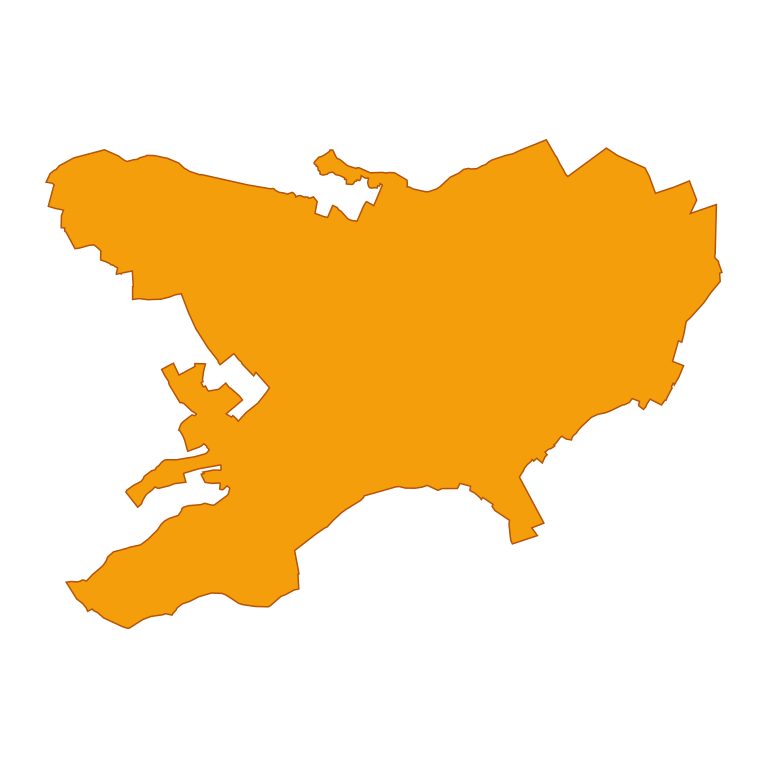 Crasna, Salaj, Romania (Albers equal-area conic projection)
{"feature_id": "2599482B62155795885644", "entity_name": "Crasna", "entity_type": "district", "adm_level": 2, "iso_a3": "ROU", "parent_name": "Romania", "parent_adm1": "Salaj", "projection": "albers", "projection_center": [22.821, 47.154], "detail": "fine", "context": "isolated", "style": "filled", "palette": "amber", "viewbox_px": 768, "rotation_deg": 0, "n_neighbors": 0, "source": "geoboundaries", "source_scale": "gbopen_adm2", "svg_char_len": 6096}
<svg xmlns="http://www.w3.org/2000/svg" viewBox="0 0 768 768"><path d="M129.1,628.2L142.9,619.5L150.7,616.5L163.1,614.7L165.7,613.7L172.0,615.1L172.7,613.7L176.0,610.1L176.7,608.5L178.3,606.9L182.6,603.7L189.7,601.4L198.8,596.7L211.5,593.0L222.0,593.4L226.0,595.0L238.7,603.3L243.0,604.7L255.6,606.5L268.4,606.8L270.3,605.7L281.1,596.3L285.2,594.8L293.9,590.1L298.8,588.9L298.0,574.9L298.0,574.2L298.8,574.1L298.8,572.7L294.6,550.6L316.0,534.0L324.3,528.2L327.3,526.8L332.8,520.8L341.0,513.1L346.2,509.3L360.5,500.5L363.6,497.4L364.1,495.9L396.1,486.8L399.5,486.6L405.4,488.1L415.3,488.2L422.2,487.1L427.3,485.4L438.0,490.3L442.1,488.6L457.4,488.5L460.0,483.4L470.6,486.2L469.9,490.2L470.2,490.7L474.9,493.1L480.4,498.1L481.3,499.6L482.9,497.5L493.0,504.4L492.0,506.3L494.9,510.5L509.5,520.3L509.0,524.1L510.3,536.8L510.9,540.6L512.4,543.9L537.4,535.6L531.8,527.9L543.9,523.1L519.4,477.1L523.5,470.5L524.4,468.3L527.2,464.7L531.3,461.1L532.2,459.5L533.8,461.1L536.7,458.3L542.3,463.0L545.1,456.8L547.2,454.8L545.0,452.1L547.8,449.8L549.3,448.9L550.8,448.7L554.1,446.5L554.8,445.9L553.9,445.0L555.9,443.3L560.1,437.7L561.8,436.2L566.1,439.0L571.5,440.0L572.1,437.6L573.4,435.5L576.2,433.2L578.6,429.7L582.2,425.9L591.4,417.3L597.9,414.3L605.0,412.9L610.4,410.9L622.2,405.1L624.9,404.6L629.4,402.4L632.2,398.6L639.5,401.4L638.7,404.7L638.9,405.9L643.5,409.4L645.9,406.6L646.9,404.0L650.1,399.2L661.5,405.0L664.9,400.2L666.0,400.4L667.3,397.1L672.1,388.0L671.4,386.8L673.2,383.2L674.0,383.7L674.3,384.9L678.9,377.0L683.6,365.7L672.6,361.4L678.4,340.9L681.8,342.2L684.1,332.9L686.2,321.5L690.9,317.1L703.9,302.7L710.5,293.1L720.2,281.4L719.6,273.3L721.9,272.4L718.7,263.2L718.4,261.3L715.3,258.2L714.6,256.3L715.2,253.8L716.4,204.5L690.3,213.5L696.7,200.1L689.4,180.9L674.7,186.9L655.5,193.3L649.1,176.0L645.0,168.0L617.6,155.6L606.4,148.1L567.8,176.5L565.7,174.4L563.4,169.7L560.4,164.9L556.5,156.8L555.7,156.2L546.3,139.8L520.7,150.1L512.7,153.8L505.1,155.6L492.0,160.0L488.9,161.8L485.8,164.5L482.0,165.9L476.7,168.7L471.1,169.0L468.6,168.4L463.6,169.4L458.9,173.1L450.3,177.2L440.0,186.7L436.5,189.0L428.6,191.7L425.9,191.8L413.1,189.0L409.3,187.0L406.9,186.7L407.4,184.4L407.0,180.1L394.6,172.8L389.7,172.5L386.1,173.0L382.1,172.4L370.3,172.8L359.2,167.8L356.7,167.9L356.5,168.5L348.8,166.2L346.7,165.1L340.2,159.7L337.1,158.4L335.7,156.2L332.8,150.1L330.0,150.0L329.6,151.3L324.5,154.9L321.1,156.7L319.0,157.1L314.9,161.4L314.0,162.9L314.3,163.9L316.4,165.3L316.1,166.0L317.8,166.9L318.2,170.2L318.8,170.9L319.4,170.8L320.1,172.0L319.9,173.6L320.5,174.4L323.3,175.1L327.4,174.1L328.6,172.9L332.7,172.1L335.6,174.6L340.1,175.7L344.6,177.9L344.5,179.4L346.3,179.4L346.4,184.0L351.9,184.5L353.1,184.0L355.1,181.2L356.7,181.0L357.1,179.9L359.7,180.5L360.7,178.8L361.3,175.7L365.1,178.1L368.5,178.2L367.7,182.6L368.4,185.8L369.4,187.5L371.4,188.1L375.0,187.7L377.0,188.1L377.7,185.8L379.6,186.0L380.1,183.6L382.4,185.0L373.8,205.7L367.3,202.0L366.4,201.7L365.9,202.1L363.4,206.4L357.1,221.1L351.8,220.5L348.0,219.0L341.3,211.5L338.7,209.8L337.1,207.5L332.7,205.4L327.6,217.4L324.2,216.7L315.0,213.4L317.2,201.6L313.5,196.9L309.0,198.4L307.9,197.1L305.2,196.9L304.6,197.4L300.6,195.6L298.2,195.8L295.8,197.0L295.6,195.6L293.2,192.8L292.2,192.4L287.4,194.1L286.4,194.0L284.8,193.2L279.1,192.3L275.3,190.3L273.8,188.6L269.8,188.7L247.6,184.9L201.7,174.6L199.8,174.8L189.5,171.3L184.1,168.1L178.7,163.0L167.7,158.4L157.8,156.3L153.4,155.5L146.7,155.4L145.8,156.1L140.0,157.7L137.3,159.3L133.4,159.8L127.3,161.4L125.8,161.1L122.4,159.0L118.5,156.0L104.4,149.8L73.8,157.9L59.4,165.7L55.9,169.7L54.2,170.3L50.2,173.5L46.1,182.2L52.2,183.2L54.2,184.9L53.3,187.4L48.3,206.3L55.2,208.4L63.5,210.1L61.4,215.7L61.2,227.7L64.7,228.0L64.7,231.1L66.1,232.2L75.0,248.7L79.7,248.0L88.9,245.4L93.7,244.9L96.5,246.8L100.8,250.8L100.6,259.9L105.6,261.6L110.0,263.7L110.7,264.6L113.9,265.5L114.6,266.3L117.7,267.8L116.4,273.0L116.4,274.3L120.0,273.4L121.3,274.0L122.1,273.0L132.3,271.0L133.3,286.6L132.6,286.7L132.6,299.5L139.3,298.6L147.9,299.7L160.9,299.2L170.0,296.9L174.6,295.0L181.3,293.7L188.8,313.3L195.9,328.8L207.9,347.7L218.0,360.6L218.4,362.5L220.1,364.7L233.9,353.6L238.6,359.6L241.4,362.1L242.1,363.9L253.0,375.2L253.7,375.9L255.9,372.3L269.5,387.7L266.2,392.7L257.9,403.1L246.1,412.6L238.2,421.2L236.5,418.9L233.4,416.0L232.8,415.6L231.6,417.1L226.1,413.9L242.5,400.0L239.4,396.0L231.2,388.7L229.1,387.4L225.8,383.1L218.6,389.3L208.6,391.1L207.7,390.3L205.4,385.9L203.8,386.9L203.0,386.5L201.2,382.7L203.0,381.6L202.5,379.6L203.5,371.8L205.5,363.9L194.9,363.5L194.9,366.5L179.0,375.1L173.4,363.2L161.6,369.4L164.7,375.4L168.6,381.5L168.9,383.9L170.0,386.1L180.1,402.8L181.3,402.5L183.8,403.5L191.9,411.1L196.3,413.8L196.2,414.5L194.7,415.7L192.0,414.9L183.4,421.5L181.5,423.4L180.4,425.4L178.7,430.2L180.0,431.0L183.1,436.3L184.7,440.3L187.7,451.3L198.7,447.3L201.2,446.1L203.8,443.8L206.6,446.0L206.8,447.2L209.2,449.7L207.2,452.5L205.3,453.8L194.5,456.8L176.4,459.8L166.4,459.7L164.2,460.3L161.3,462.6L159.1,465.4L156.4,467.4L155.0,469.8L151.5,470.8L144.3,476.3L143.8,477.0L143.6,478.2L141.0,481.5L133.5,485.4L126.8,490.2L125.9,492.1L137.7,507.2L141.4,504.0L142.8,500.4L145.6,495.5L147.2,493.7L151.8,490.3L155.2,486.8L157.1,488.1L158.9,488.3L169.0,485.8L174.3,483.7L185.9,482.2L183.5,473.6L184.1,473.2L198.3,468.9L220.1,465.0L220.9,465.1L221.1,465.9L220.9,467.3L221.2,468.4L220.7,470.2L213.8,470.0L202.9,472.1L204.0,473.5L201.2,474.2L201.4,475.0L205.1,482.4L211.9,483.4L219.8,483.0L220.3,483.7L219.7,488.4L219.9,489.4L222.3,489.8L223.5,489.3L227.1,485.8L229.8,488.2L228.3,494.1L227.0,495.6L214.3,505.0L212.2,505.2L204.7,503.3L200.6,504.7L188.9,505.6L183.7,507.1L182.0,508.5L181.4,510.8L178.3,515.4L168.8,518.6L164.5,521.1L161.2,524.3L157.5,529.9L148.0,539.3L140.5,544.9L129.4,547.3L127.3,548.2L113.4,551.9L107.7,557.0L105.9,561.4L102.8,565.8L92.4,574.7L86.5,581.0L82.8,579.9L79.0,581.6L77.0,581.9L71.5,581.5L66.2,582.2L76.7,598.9L82.7,603.6L86.1,607.8L87.7,611.3L92.3,609.0L93.5,610.6L97.5,612.5L103.6,617.9L122.8,626.8L127.3,628.2L129.1,628.2Z" fill="#f59e0b" stroke="#b45309" stroke-width="1.5"/></svg>